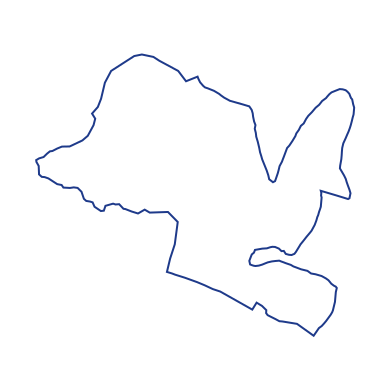 Ogun Waterside, Ogun, Nigeria, rotated 5°
{"feature_id": "59680162B53764009147535", "entity_name": "Ogun Waterside", "entity_type": "district", "adm_level": 2, "iso_a3": "NGA", "parent_name": "Nigeria", "parent_adm1": "Ogun", "projection": "albers", "projection_center": [4.463, 6.482], "detail": "fine", "context": "isolated", "style": "outline", "palette": "blue", "viewbox_px": 384, "rotation_deg": 5, "n_neighbors": 0, "source": "geoboundaries", "source_scale": "gbopen_adm2", "svg_char_len": 3324}
<svg xmlns="http://www.w3.org/2000/svg" viewBox="0 0 384 384"><g transform="rotate(5 192 192)"><path d="M349.4,184.5L350.0,179.4L348.7,176.1L346.8,172.1L345.3,168.8L344.0,165.5L342.0,162.2L337.3,155.6L337.3,153.8L337.3,152.9L337.9,146.3L337.9,142.3L337.8,138.3L337.8,135.0L338.5,130.3L340.4,125.0L341.7,121.0L342.4,119.0L342.9,117.4L343.0,117.0L343.7,114.4L344.3,111.7L345.0,107.7L345.6,103.7L346.1,101.2L346.2,100.4L346.2,96.4L346.2,96.2L346.2,93.8L344.9,90.5L343.5,85.8L342.2,84.5L341.2,82.6L340.2,80.5L338.2,78.6L336.2,77.2L333.2,76.6L330.2,76.6L326.2,78.6L322.3,80.6L320.3,82.6L318.3,85.3L317.4,86.7L313.7,90.0L311.1,94.0L308.1,97.0L307.8,97.3L304.5,102.0L301.2,106.0L299.3,109.3L297.3,114.0L294.7,116.6L293.5,119.6L293.1,120.7L290.8,124.6L290.1,127.3L287.5,132.6L284.9,137.3L282.9,139.9L281.6,144.6L280.3,149.3L279.7,151.3L279.0,153.9L277.0,158.6L276.4,162.6L275.8,165.9L274.5,171.2L273.8,173.9L271.8,175.2L267.8,172.6L266.5,168.6L264.5,164.0L261.8,158.7L259.1,153.4L257.8,150.0L256.6,147.1L256.4,146.7L255.1,142.1L253.1,136.1L251.1,131.1L251.1,130.8L250.4,127.5L249.0,123.5L249.4,119.8L247.7,116.3L246.3,111.6L245.6,108.3L244.3,105.0L241.6,101.7L234.8,100.3L221.7,97.8L220.4,97.2L215.8,95.2L212.4,93.2L210.5,91.9L207.8,90.6L205.1,89.3L198.5,87.3L195.9,86.7L193.9,85.3L190.5,82.0L188.5,78.7L187.5,76.6L176.4,82.2L167.7,72.6L148.0,64.1L141.8,60.8L130.1,59.4L122.6,61.6L113.3,68.8L100.9,78.4L95.7,90.7L93.3,107.0L90.8,115.5L85.6,122.6L89.2,127.4L88.1,134.0L83.3,145.1L78.3,150.2L67.7,156.4L66.1,157.3L58.5,158.1L54.0,160.4L49.4,163.3L46.9,163.9L44.3,166.4L41.1,170.1L36.8,171.8L34.0,173.8L34.4,175.6L35.3,176.9L37.0,179.4L38.1,187.8L41.0,190.0L43.9,190.0L47.8,191.0L57.0,195.9L61.5,196.4L63.5,198.8L70.1,198.6L73.8,197.7L77.7,197.9L81.9,201.4L84.9,208.2L87.4,210.1L91.3,210.4L93.9,211.0L96.2,215.2L102.9,218.9L105.8,218.3L107.0,213.3L114.4,210.5L117.0,211.1L117.4,211.0L120.5,210.5L125.2,214.7L127.1,214.8L133.6,216.7L140.1,218.1L146.4,213.7L151.7,216.2L169.8,214.0L180.4,223.1L179.4,245.6L176.0,260.3L174.0,273.8L179.2,274.9L182.3,275.8L192.3,278.0L204.8,281.3L212.7,283.8L221.2,286.9L228.8,288.7L262.3,303.9L266.0,296.6L271.7,299.4L273.5,300.9L276.3,303.2L276.4,306.2L278.1,308.1L282.1,309.7L286.4,311.4L290.3,313.1L293.4,313.1L308.1,314.2L325.7,324.6L330.3,316.5L332.9,314.2L334.9,311.6L336.8,308.9L338.8,305.6L340.8,302.3L342.1,299.6L342.7,297.6L344.0,289.0L344.0,285.0L344.0,281.7L344.0,279.1L344.6,275.0L343.4,273.7L341.6,273.0L338.7,271.2L337.4,269.8L335.6,268.0L332.9,266.4L328.4,264.4L322.3,263.2L317.7,262.8L313.9,260.5L307.4,259.5L302.8,258.2L299.5,257.3L296.8,256.0L291.5,254.7L289.5,254.1L286.8,253.4L284.9,252.8L280.9,253.5L277.6,254.2L273.6,255.5L271.0,256.8L268.3,258.2L265.0,259.5L261.7,260.2L260.0,260.1L258.2,259.7L256.2,259.1L255.1,255.6L256.4,251.0L257.0,249.0L259.0,247.0L259.8,244.2L266.9,242.3L271.5,241.6L274.8,240.2L276.8,239.6L279.5,239.5L283.5,240.8L286.3,243.1L288.6,242.7L290.8,245.5L294.1,246.1L296.7,246.1L298.0,245.4L299.4,244.7L300.7,242.7L302.7,238.7L304.0,236.1L304.6,234.8L307.3,230.8L309.9,226.8L310.8,225.5L313.2,222.1L314.5,220.1L317.1,214.1L318.4,209.4L319.0,206.1L319.7,204.1L320.3,200.8L321.0,198.1L321.6,195.5L321.6,192.2L321.6,189.5L321.6,186.2L320.9,184.2L320.9,181.6L320.2,179.6L336.4,182.9L348.1,185.4L349.4,184.5Z" fill="none" stroke="#1e3a8a" stroke-width="2"/></g></svg>